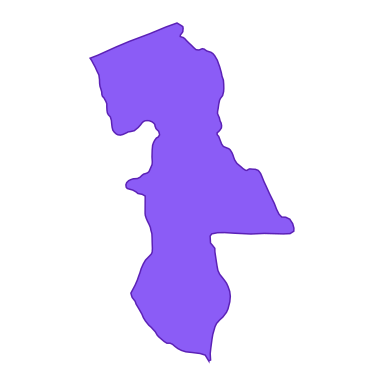 the district of Lolo-Bouenguidi, Ogooué-Lolo, Gabon
{"feature_id": "22940354B13456808053161", "entity_name": "Lolo-Bouenguidi", "entity_type": "district", "adm_level": 2, "iso_a3": "GAB", "parent_name": "Gabon", "parent_adm1": "Ogooué-Lolo", "projection": "natural_earth1", "projection_center": [12.301, -1.15], "detail": "fine", "context": "isolated", "style": "filled", "palette": "violet", "viewbox_px": 384, "rotation_deg": 0, "n_neighbors": 0, "source": "geoboundaries", "source_scale": "gbopen_adm2", "svg_char_len": 3325}
<svg xmlns="http://www.w3.org/2000/svg" viewBox="0 0 384 384"><path d="M90.1,58.2L91.7,60.6L93.4,63.8L95.1,66.9L96.8,70.7L98.9,75.0L99.5,79.7L99.6,83.3L100.0,86.3L100.9,89.1L101.7,91.9L101.9,94.6L102.5,96.4L103.9,97.8L105.0,99.8L106.0,101.7L106.8,103.8L106.8,107.0L107.0,110.5L107.4,112.9L108.3,114.7L110.3,116.8L111.4,120.5L111.6,123.0L112.1,127.2L112.8,130.1L114.3,132.2L116.3,134.0L117.9,134.8L120.4,135.1L122.8,134.5L124.6,133.7L126.6,132.8L128.2,131.9L130.5,131.6L134.3,130.7L138.2,127.5L140.6,124.8L142.0,122.9L143.4,121.6L144.9,120.8L147.0,120.6L149.2,120.7L151.8,121.7L153.5,122.9L154.8,124.4L155.0,126.0L156.0,128.6L157.2,129.9L158.5,131.1L159.1,132.6L159.6,134.9L158.1,137.1L156.4,138.0L154.7,140.3L153.5,142.7L152.6,145.3L152.2,149.8L152.0,156.9L152.3,162.0L152.1,164.5L150.5,168.2L149.0,171.6L147.6,172.8L145.8,173.5L143.6,174.1L141.8,175.5L140.1,177.2L137.5,178.5L133.2,178.8L130.6,179.7L128.6,180.7L126.7,182.6L125.9,184.8L126.2,187.2L127.3,188.5L129.6,189.2L132.6,190.0L134.5,191.0L136.3,192.1L137.9,193.5L140.4,194.0L142.1,194.3L144.1,195.4L145.2,196.1L145.1,213.4L145.3,215.4L146.2,218.2L147.4,221.0L149.2,224.6L150.4,227.5L150.9,230.2L151.9,233.7L152.1,238.0L152.2,243.0L152.4,248.6L152.2,252.1L151.3,254.1L149.0,256.5L145.5,260.1L143.3,263.9L141.2,268.6L140.0,272.6L138.6,276.4L137.4,279.9L135.1,285.2L130.9,293.1L131.4,295.1L132.2,297.5L133.6,299.3L135.2,301.4L136.1,304.1L139.3,309.5L141.9,314.1L143.4,317.7L145.5,321.1L148.8,325.2L151.3,327.4L152.9,329.2L155.3,331.8L157.3,335.3L159.0,337.1L164.3,341.6L164.8,341.9L166.9,343.2L170.1,343.2L172.5,344.3L175.2,346.6L177.9,348.6L181.4,350.4L185.8,351.8L192.2,352.5L200.1,353.5L205.2,355.1L208.8,361.0L208.8,360.9L210.6,360.0L210.5,358.7L210.2,353.6L210.8,348.1L212.0,339.2L212.8,334.4L215.0,326.7L216.6,323.4L219.7,319.9L222.8,317.1L226.4,312.4L228.0,308.9L229.8,301.8L230.3,296.3L229.7,291.4L228.1,286.7L226.6,283.4L224.9,280.9L222.6,277.9L219.7,274.3L217.9,270.5L217.0,265.8L215.9,258.6L214.9,251.9L214.8,248.3L212.7,245.6L210.5,243.0L210.3,239.4L210.1,236.1L211.7,233.9L217.5,232.7L224.8,232.6L234.4,233.2L250.8,234.0L264.2,233.4L283.3,233.9L290.1,233.6L293.8,231.2L293.9,228.1L292.7,223.7L289.8,219.2L285.7,217.2L281.8,217.1L279.0,214.2L276.6,209.4L274.3,203.4L269.4,193.5L266.2,186.4L263.9,181.5L261.9,176.5L260.6,173.5L259.1,171.4L258.0,170.3L255.3,169.3L252.9,169.2L249.7,168.9L248.4,169.4L247.0,170.4L245.6,170.3L243.1,168.7L241.0,166.8L238.7,164.9L236.9,163.4L234.7,160.0L233.7,157.4L233.0,155.2L232.0,152.8L230.2,149.9L228.8,148.7L226.3,147.7L223.4,146.5L221.7,144.2L220.6,141.4L219.5,138.5L218.7,136.4L217.2,134.7L217.1,132.9L218.9,131.3L220.1,129.9L221.4,127.9L221.6,125.7L221.1,123.0L220.1,121.0L219.3,117.7L218.5,115.9L217.5,113.6L217.6,111.3L218.2,108.2L218.7,104.4L219.6,100.1L220.6,98.2L222.6,95.6L223.6,91.6L223.8,88.4L223.7,84.1L223.4,80.2L222.0,76.2L221.3,72.6L219.6,66.6L218.5,63.6L217.3,60.2L216.3,58.5L214.6,55.6L212.9,53.6L211.0,52.3L208.5,51.5L206.7,50.9L205.2,49.9L204.4,49.2L202.4,48.7L201.2,49.1L199.7,49.8L198.3,50.0L195.9,49.6L193.7,47.6L191.1,45.0L188.9,43.0L186.5,40.6L184.7,38.6L183.2,37.5L181.7,37.1L180.2,36.5L180.4,35.0L181.6,33.5L182.8,31.7L183.1,28.3L182.8,26.6L181.2,25.5L179.0,24.2L177.0,23.0L165.9,27.0L149.5,33.8L129.3,41.4L116.0,47.0L97.9,55.2L90.1,58.2Z" fill="#8b5cf6" stroke="#5b21b6" stroke-width="1.5"/></svg>